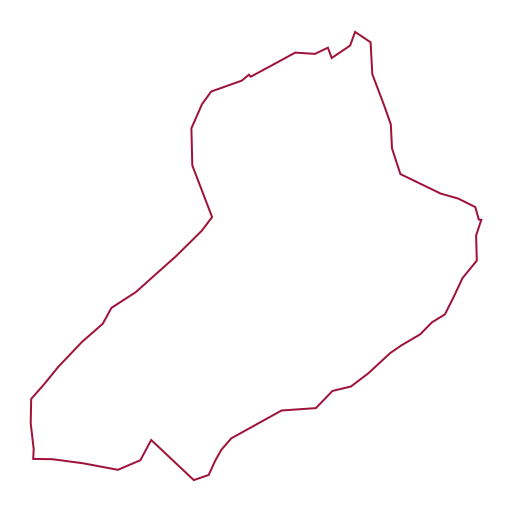 outline of Kato Mylos, Limassol, Cyprus
{"feature_id": "46923920B26044622120903", "entity_name": "Kato Mylos", "entity_type": "district", "adm_level": 2, "iso_a3": "CYP", "parent_name": "Cyprus", "parent_adm1": "Limassol", "projection": "robinson", "projection_center": [33.002, 34.898], "detail": "fine", "context": "isolated", "style": "outline", "palette": "rose", "viewbox_px": 512, "rotation_deg": 0, "n_neighbors": 0, "source": "geoboundaries", "source_scale": "gbopen_adm2", "svg_char_len": 907}
<svg xmlns="http://www.w3.org/2000/svg" viewBox="0 0 512 512"><path d="M248.9,74.7L241.8,80.6L211.2,91.5L202.1,104.0L191.4,128.3L192.3,165.4L212.1,217.1L201.7,230.8L176.1,256.1L155.9,274.1L135.7,292.2L111.5,307.8L102.7,323.8L82.0,341.9L62.5,362.4L58.8,366.2L44.5,383.8L31.2,398.9L30.7,423.3L33.7,449.1L33.2,458.9L52.3,459.2L83.2,463.3L101.3,466.7L117.9,469.8L140.4,460.2L151.2,440.0L193.8,480.1L208.7,474.9L215.6,459.9L221.5,449.6L231.3,438.3L281.5,410.5L315.9,408.1L332.5,390.9L350.9,386.5L368.2,373.4L390.4,352.9L401.5,345.3L420.2,334.3L432.0,322.3L444.9,314.4L453.5,297.3L462.5,278.1L476.8,260.6L476.1,235.6L481.3,219.8L478.8,219.6L475.3,207.1L458.3,198.6L440.7,193.6L417.6,182.4L400.4,174.1L392.0,148.4L390.8,124.4L384.1,105.3L372.3,74.2L370.6,42.3L355.1,31.9L350.1,45.6L331.7,58.0L327.9,47.7L314.9,53.9L295.2,52.6L277.6,62.2L250.7,76.7L248.9,74.7Z" fill="none" stroke="#9f1239" stroke-width="2"/></svg>